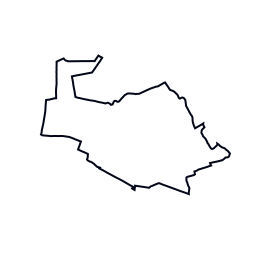 the district of Njoro, Rift Valley, Kenya, rotated 128°
{"feature_id": "3690345B46950883953132", "entity_name": "Njoro", "entity_type": "district", "adm_level": 2, "iso_a3": "KEN", "parent_name": "Kenya", "parent_adm1": "Rift Valley", "projection": "albers", "projection_center": [35.95, -0.496], "detail": "fine", "context": "isolated", "style": "outline", "palette": "ink", "viewbox_px": 256, "rotation_deg": 128, "n_neighbors": 0, "source": "geoboundaries", "source_scale": "gbopen_adm2", "svg_char_len": 4338}
<svg xmlns="http://www.w3.org/2000/svg" viewBox="0 0 256 256"><g transform="rotate(128 128 128)"><path d="M177.5,125.7L177.3,124.5L177.0,123.2L176.2,118.2L176.2,117.7L175.3,112.6L174.5,107.7L173.5,102.8L173.1,100.5L171.8,91.1L171.4,89.0L171.2,87.7L173.1,87.6L173.0,86.0L172.8,84.7L169.1,86.9L162.1,74.6L160.0,74.1L157.8,72.8L154.5,71.0L152.4,69.7L152.0,68.5L151.7,67.4L151.2,65.7L150.1,62.4L149.1,59.3L148.1,56.2L147.4,54.1L146.4,50.9L145.5,48.1L144.4,44.9L143.4,41.8L142.6,39.4L141.7,40.3L140.2,41.0L138.9,41.9L137.7,42.5L137.2,43.3L136.8,44.1L136.4,45.1L135.9,45.8L135.3,46.7L134.7,47.4L134.3,48.2L133.7,49.3L132.4,50.5L131.0,51.5L130.1,51.2L128.9,50.4L128.1,49.7L124.2,46.9L123.2,46.7L122.4,47.7L121.3,48.9L120.2,48.1L119.1,47.4L117.7,47.1L113.7,44.3L109.8,41.6L106.4,39.4L105.9,40.5L105.1,41.8L103.5,40.5L102.9,40.0L102.1,39.3L101.4,38.7L99.9,37.4L96.9,35.1L95.2,33.8L93.0,33.2L91.2,33.0L90.0,31.6L88.7,30.9L87.4,31.2L86.6,31.5L86.0,31.7L85.4,31.9L85.0,33.4L84.7,34.7L84.6,36.3L84.7,37.6L84.4,39.3L85.0,40.9L85.4,42.0L85.4,42.9L85.5,44.1L85.4,45.3L85.2,46.7L85.3,48.1L86.1,47.3L87.4,47.3L88.8,47.6L90.8,47.8L92.3,48.4L93.0,49.3L92.9,50.3L92.3,52.2L91.6,53.8L91.2,54.6L90.8,56.5L90.0,57.2L89.7,58.3L89.1,59.5L88.6,61.0L88.5,62.3L88.3,63.7L87.3,65.4L86.7,67.1L85.7,67.7L84.7,68.4L83.5,68.6L82.2,68.4L80.4,68.2L79.7,69.8L79.1,70.9L78.1,71.5L81.4,72.7L86.9,75.0L85.3,78.0L84.0,79.8L83.0,81.1L80.0,83.7L79.3,84.8L78.8,86.7L77.7,89.3L76.7,91.5L75.4,94.4L74.7,96.0L73.8,96.8L71.9,98.8L70.7,100.0L70.0,102.6L70.6,104.1L71.6,104.7L72.7,105.1L73.1,105.7L73.0,106.5L72.5,107.3L72.3,107.7L72.0,108.2L71.4,109.5L71.2,111.3L70.9,113.9L71.2,115.7L71.3,116.0L71.5,116.7L71.9,117.7L72.1,118.2L71.6,119.9L71.0,121.4L70.0,124.7L69.8,125.3L69.5,126.2L69.3,126.9L70.3,127.4L71.6,128.0L75.7,129.6L77.1,130.3L78.2,131.4L83.0,134.5L89.1,137.7L90.5,138.4L92.4,139.4L93.4,139.9L94.4,140.5L95.0,141.2L95.5,141.9L96.6,142.8L96.9,143.7L99.2,147.1L100.1,148.4L101.2,149.6L102.9,150.3L104.3,150.9L105.7,150.9L106.6,151.0L109.7,151.3L112.4,151.4L113.6,152.0L113.9,152.9L114.0,153.3L114.0,153.8L114.2,154.3L114.4,154.7L114.6,155.0L114.9,155.2L115.4,155.4L115.9,155.4L116.7,155.3L117.2,155.1L117.6,155.0L118.1,154.9L118.5,154.8L119.0,154.7L119.4,155.2L119.8,155.4L120.3,155.8L120.2,156.3L120.0,156.8L120.1,157.3L120.2,158.0L120.2,158.6L120.3,158.9L120.5,159.3L120.6,159.6L121.5,160.2L121.8,160.4L122.4,160.7L123.3,162.5L123.9,163.9L124.5,165.0L125.2,166.4L125.8,167.6L127.2,170.9L128.2,172.7L128.4,173.1L129.3,174.4L129.9,175.7L131.3,178.5L132.5,180.9L133.5,183.0L134.1,184.4L135.0,186.0L135.4,187.2L135.9,188.5L133.2,191.5L132.7,191.9L128.8,196.4L126.8,198.6L126.4,198.9L125.9,199.4L125.4,200.0L124.7,200.8L124.4,201.1L123.8,201.7L123.4,202.3L122.4,203.3L122.1,203.7L121.8,204.0L117.1,199.9L116.6,199.4L114.4,197.5L109.5,193.2L106.4,190.5L103.6,190.6L100.1,190.8L95.3,191.1L92.5,191.2L88.5,191.6L88.5,191.9L88.6,192.3L88.7,192.9L88.8,193.4L88.9,193.9L89.0,194.3L89.0,194.7L89.1,195.1L89.2,195.6L89.2,195.9L92.4,195.7L94.2,195.6L95.8,195.4L96.7,196.6L97.8,198.1L98.5,198.9L101.7,202.9L104.0,205.9L105.8,208.1L106.9,209.5L108.1,211.0L108.8,211.8L109.3,212.5L110.2,213.7L111.3,214.9L112.4,216.5L112.9,218.0L113.2,218.7L113.2,219.1L113.2,219.7L113.0,220.6L112.8,221.5L114.0,222.2L114.4,222.4L119.7,225.1L120.2,224.7L120.5,224.4L121.1,224.0L122.5,222.9L125.1,221.0L125.7,220.5L126.4,219.9L126.9,219.5L127.3,219.3L127.7,219.1L128.1,218.8L128.8,218.0L129.4,217.6L131.4,216.1L132.5,215.2L133.4,214.4L134.7,213.5L135.2,213.0L137.7,211.1L140.9,209.1L143.7,207.1L148.8,202.9L149.3,203.4L149.8,204.2L150.4,204.6L152.7,206.4L154.0,207.4L155.2,208.6L155.7,209.1L156.3,209.8L161.1,206.7L164.5,204.3L165.6,203.6L166.7,202.9L172.2,199.9L176.6,197.5L181.6,195.1L182.7,194.6L183.1,194.4L183.5,194.1L184.0,193.8L184.3,193.6L184.8,193.3L185.5,193.0L186.0,192.8L186.7,192.6L186.5,191.1L185.7,189.7L184.2,187.4L183.3,186.1L182.2,184.2L180.5,182.1L179.5,181.0L178.7,179.9L177.6,178.4L174.9,175.1L173.5,172.8L171.2,168.7L170.1,165.3L169.3,162.3L168.6,160.0L168.1,158.2L167.6,156.8L175.7,154.1L174.8,150.2L174.4,148.8L174.0,147.4L173.7,146.1L173.5,145.1L173.1,143.7L175.7,141.8L178.1,140.9L178.3,139.5L178.0,137.8L177.7,136.7L177.3,135.5L177.3,134.2L177.1,132.8L177.4,131.5L177.5,129.3L177.6,128.1L177.0,127.2L176.5,125.7L177.5,125.7Z" fill="none" stroke="#020617" stroke-width="2"/></g></svg>